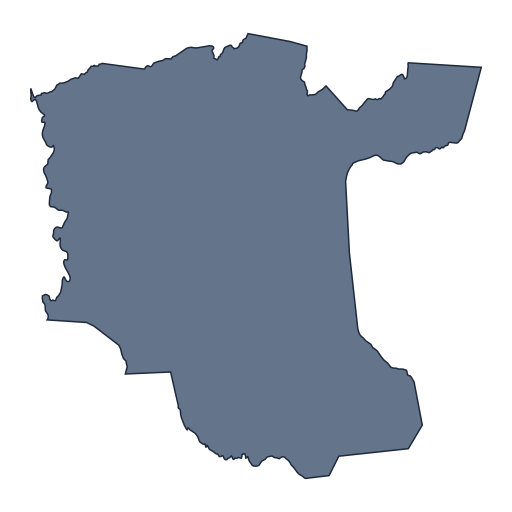 Villa de San Antonio, Comayagua, Honduras
{"feature_id": "27666195B41071058173253", "entity_name": "Villa de San Antonio", "entity_type": "district", "adm_level": 2, "iso_a3": "HND", "parent_name": "Honduras", "parent_adm1": "Comayagua", "projection": "equal_earth", "projection_center": [-87.548, 14.295], "detail": "fine", "context": "isolated", "style": "filled", "palette": "slate", "viewbox_px": 512, "rotation_deg": 0, "n_neighbors": 0, "source": "geoboundaries", "source_scale": "gbopen_adm2", "svg_char_len": 5773}
<svg xmlns="http://www.w3.org/2000/svg" viewBox="0 0 512 512"><path d="M30.8,88.4L30.7,90.3L31.1,95.7L30.7,98.9L31.2,100.8L32.0,101.6L34.2,99.6L35.1,99.6L35.9,100.0L36.5,101.1L38.2,107.4L39.1,109.7L41.0,112.1L44.4,114.8L44.5,115.4L44.2,116.2L42.4,117.4L41.6,120.9L41.7,121.7L42.1,122.2L42.9,122.4L44.4,122.1L44.8,122.4L45.0,123.0L44.5,126.1L43.1,129.6L42.4,132.7L42.4,135.3L43.2,138.0L45.8,142.6L46.3,144.3L47.3,145.5L49.0,146.6L51.2,147.2L52.2,146.9L53.4,145.6L54.3,148.0L54.2,150.3L53.5,152.4L50.1,157.5L48.2,159.6L47.7,164.1L44.5,166.8L43.8,168.2L43.5,169.4L44.0,172.3L45.9,176.1L47.1,179.3L47.8,181.9L47.7,183.4L46.2,186.0L46.0,186.9L46.0,187.7L47.6,188.3L50.7,188.8L51.2,189.1L51.5,189.8L51.4,192.7L50.1,195.9L49.8,197.4L49.3,203.3L49.5,205.1L50.6,206.6L54.5,207.2L58.5,210.2L63.0,210.4L66.2,212.1L68.1,211.9L68.4,212.5L67.2,218.3L64.7,222.1L62.2,227.7L61.2,228.1L57.3,227.0L56.1,227.4L55.2,228.0L54.3,229.1L53.8,230.2L53.6,231.4L53.7,232.7L52.8,236.2L53.2,237.2L54.4,238.7L55.8,240.1L56.8,240.8L57.7,240.6L59.7,238.2L60.2,238.2L60.4,239.5L60.0,244.6L60.2,246.2L60.7,247.6L61.7,249.2L62.4,249.9L63.4,250.5L66.3,251.5L67.5,252.9L67.8,254.4L67.9,256.1L67.8,258.4L67.4,259.7L66.9,260.1L65.4,259.7L64.6,259.9L63.8,261.2L63.7,262.7L64.1,264.6L65.2,267.5L68.1,272.6L69.7,275.9L70.2,277.5L70.1,279.0L69.8,280.2L69.2,281.2L68.5,281.6L67.6,281.6L66.2,280.7L64.3,277.1L63.9,277.0L63.3,277.5L62.4,280.0L62.1,284.9L60.7,292.1L58.6,295.6L56.7,297.4L55.9,299.7L55.3,300.6L54.0,300.6L52.7,300.0L51.7,300.7L50.7,300.6L50.3,299.6L49.7,299.2L49.6,297.9L49.0,296.0L46.8,294.7L45.2,294.5L42.4,295.9L42.3,298.1L42.8,301.7L44.6,303.9L45.1,305.4L45.4,310.6L45.9,311.6L47.7,314.1L48.2,315.7L48.1,318.1L47.1,319.9L86.7,322.5L94.0,326.1L118.7,345.1L120.5,348.5L122.0,354.7L123.5,358.6L126.1,361.1L126.4,363.6L127.2,366.4L127.1,367.1L125.3,374.0L170.6,372.0L178.4,406.1L178.1,406.9L178.2,407.7L178.7,408.5L179.8,409.0L180.3,409.9L180.7,414.6L181.4,417.6L184.4,425.4L186.4,429.0L187.1,429.8L188.2,427.9L189.0,428.6L190.1,429.9L195.3,433.3L197.7,436.6L199.3,440.9L200.2,442.2L203.0,444.2L205.0,444.0L205.8,447.0L206.3,447.0L206.6,446.6L206.8,445.4L207.4,445.5L209.4,449.3L212.8,451.3L215.8,453.6L216.6,454.0L217.7,454.1L219.3,456.6L220.8,456.6L221.9,455.8L222.9,455.8L224.4,458.9L225.3,459.7L226.9,459.6L228.3,458.1L229.7,457.7L231.3,455.9L231.8,456.3L232.7,458.6L233.3,459.3L234.0,459.2L234.7,458.2L237.2,458.1L238.3,457.5L241.3,458.2L241.8,457.0L242.0,454.4L244.7,453.7L245.1,454.0L245.8,458.1L246.1,458.1L247.4,456.8L247.8,456.8L249.2,460.9L252.2,465.2L253.5,466.0L255.6,466.2L257.4,466.0L259.0,465.2L261.6,461.4L262.6,460.6L265.1,459.4L267.2,456.9L271.9,456.0L274.7,457.6L276.8,457.8L279.2,458.7L281.9,456.9L283.6,456.8L284.7,457.2L286.1,458.8L288.2,460.2L290.1,462.7L291.1,464.8L293.8,467.6L297.1,472.1L298.9,474.1L302.7,476.3L304.3,477.8L305.5,478.4L329.1,475.6L338.8,456.2L408.3,448.7L422.3,425.1L414.1,382.0L411.0,376.7L410.3,376.0L407.6,375.1L406.9,371.3L406.4,370.4L405.5,369.8L404.2,369.6L403.1,369.1L398.7,369.0L396.3,368.2L393.5,368.1L390.8,367.2L387.9,363.4L383.7,359.8L380.9,356.3L377.4,351.1L374.1,348.4L373.1,348.0L370.7,344.2L365.6,340.7L363.4,338.1L361.3,336.4L359.7,334.4L358.4,331.2L357.7,327.9L349.4,252.9L345.6,181.4L346.6,176.0L347.7,172.3L349.3,168.9L350.8,166.5L352.2,164.9L352.7,163.4L358.0,160.9L365.8,159.0L369.4,157.8L374.5,155.4L376.4,155.1L378.7,155.9L383.4,160.1L390.3,161.3L392.2,161.4L397.9,164.0L400.9,164.0L403.7,162.0L406.3,157.5L407.0,156.6L410.1,153.8L411.7,153.0L417.1,152.2L419.0,153.5L419.9,153.8L421.1,153.4L422.8,152.2L423.9,151.9L426.3,151.8L428.5,152.6L429.3,152.6L432.0,150.8L432.9,149.7L433.7,149.7L434.6,149.4L435.4,148.1L436.2,147.6L437.7,147.6L438.9,148.7L439.6,148.9L440.5,148.6L441.6,147.2L443.1,147.8L445.4,145.8L447.7,145.2L448.6,142.9L449.0,142.5L450.6,142.4L456.4,143.1L457.8,142.7L461.7,138.4L463.1,133.8L464.5,130.9L481.3,67.3L408.3,62.8L408.0,63.9L408.2,66.5L407.8,69.0L407.3,75.8L406.9,77.2L406.3,78.1L405.3,78.8L404.5,78.8L403.2,75.3L402.6,74.6L402.0,74.3L400.7,74.7L398.5,76.4L397.5,76.4L393.7,82.1L393.0,83.6L392.8,85.3L392.1,86.6L389.3,89.4L385.7,91.7L385.2,92.8L385.2,93.9L383.7,95.4L383.3,96.3L381.0,99.0L379.1,98.6L378.1,99.4L377.0,99.6L375.1,98.8L374.2,99.4L373.1,99.5L368.6,98.6L368.1,98.6L367.3,99.2L364.2,102.8L362.4,105.3L359.5,107.8L357.8,110.4L356.8,111.1L355.7,111.1L352.5,110.2L347.4,109.8L326.0,85.9L322.1,89.6L318.1,91.9L315.6,94.3L313.8,94.8L309.7,94.9L307.9,95.7L307.6,95.5L307.0,94.3L307.5,91.1L306.5,89.3L305.7,86.2L305.1,85.4L304.5,82.2L301.8,80.3L300.8,78.9L300.5,77.6L300.8,76.0L301.8,72.9L302.2,70.0L302.8,69.3L303.9,68.6L304.9,66.5L304.6,63.9L305.4,61.7L306.4,57.4L306.4,53.8L307.0,50.6L307.0,46.2L290.0,41.5L248.0,33.6L246.0,38.1L243.4,39.7L242.9,40.6L242.5,42.3L241.9,42.8L240.8,43.0L240.1,43.4L239.0,46.4L237.3,48.1L234.0,48.7L233.7,48.1L232.2,47.1L231.5,45.6L230.6,45.2L229.2,45.5L225.0,47.4L223.8,49.2L222.6,52.8L220.5,54.6L220.0,56.5L219.0,56.6L217.6,59.5L217.3,59.8L216.6,59.7L215.8,59.0L214.6,58.7L213.9,58.2L214.0,55.6L212.0,50.6L212.4,49.7L213.6,48.7L213.7,47.8L213.3,46.8L212.3,46.1L209.3,45.8L196.9,47.9L194.0,47.8L191.5,47.3L189.3,47.5L186.6,48.3L175.7,55.8L172.8,56.7L171.2,58.9L165.7,58.6L164.4,59.3L162.8,60.5L158.7,61.3L154.2,62.9L153.7,63.2L152.0,65.8L151.3,66.5L150.4,66.7L148.6,65.9L147.2,65.8L145.7,67.1L144.5,69.1L102.1,63.4L100.6,64.1L99.2,64.3L98.7,65.3L98.0,66.1L95.0,66.1L94.7,65.5L94.3,65.4L93.9,65.5L93.4,66.2L91.2,66.2L89.5,68.5L88.3,69.6L87.2,72.2L86.3,72.5L84.2,74.3L81.3,73.8L79.1,77.1L78.0,78.3L75.3,77.8L70.7,79.4L68.5,81.0L63.6,83.0L59.7,83.2L58.4,84.3L56.8,85.1L54.9,89.0L52.0,91.4L50.3,91.9L47.0,93.4L44.3,92.7L42.8,93.3L41.7,93.3L41.2,93.9L41.2,95.0L37.2,95.6L35.0,97.7L34.3,97.3L33.4,95.8L32.5,93.6L30.8,88.4Z" fill="#64748b" stroke="#1e293b" stroke-width="1.5"/></svg>